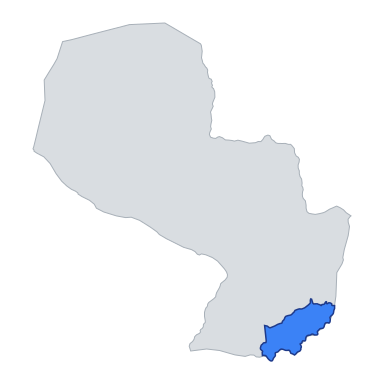 where Itapúa sits in Paraguay
{"feature_id": "PRY-620", "entity_name": "Itapúa", "entity_type": "Department", "adm_level": 1, "iso_a3": "PRY", "parent_name": "Paraguay", "parent_adm1": "", "projection": "orthographic", "projection_center": [-55.537, -26.832], "detail": "fine", "context": "in_parent", "style": "filled", "palette": "blue", "viewbox_px": 384, "rotation_deg": 0, "n_neighbors": 0, "source": "natural_earth", "source_scale": "10m", "svg_char_len": 6265}
<svg xmlns="http://www.w3.org/2000/svg" viewBox="0 0 384 384"><path d="M201.5,57.9L202.4,60.9L202.9,63.2L204.2,64.7L205.5,66.9L206.8,68.1L207.7,70.1L207.5,72.4L208.1,75.3L208.8,77.9L209.4,78.5L211.2,79.2L212.2,81.5L211.5,82.7L211.8,84.0L212.5,85.3L211.9,86.6L212.2,87.6L213.5,88.5L214.7,91.7L214.9,97.2L213.7,100.2L212.7,102.6L212.4,104.1L213.2,106.3L212.0,108.9L210.5,112.0L211.0,114.2L211.2,116.2L211.4,118.3L211.8,120.4L211.3,122.5L210.9,124.4L210.6,126.6L211.3,129.0L210.2,131.4L209.6,133.0L209.4,134.6L210.6,137.2L213.5,138.2L215.7,138.4L217.9,137.0L219.5,136.6L222.5,137.8L225.3,139.9L228.8,140.1L232.0,140.5L234.4,141.1L237.9,140.2L241.5,141.0L245.8,142.2L249.3,143.2L252.8,142.9L255.5,142.7L258.2,141.5L260.9,141.6L262.9,139.4L264.0,137.5L265.0,136.2L267.9,135.1L269.9,135.7L271.5,139.2L274.4,141.2L275.6,142.7L277.7,143.4L282.4,143.5L285.2,143.4L288.5,144.4L290.7,144.4L292.5,146.3L294.3,148.6L294.6,152.8L296.2,156.0L298.3,157.3L299.4,159.3L299.1,162.1L298.1,165.0L298.2,168.1L299.3,170.9L299.3,173.8L300.1,176.6L301.6,179.1L302.1,183.0L301.8,185.8L302.8,187.5L303.2,189.8L302.6,191.7L302.3,194.2L302.5,196.5L303.2,198.4L305.4,200.9L306.1,205.2L306.1,208.2L307.0,211.7L308.9,213.3L311.9,213.9L315.3,214.4L319.6,213.6L323.3,212.7L325.4,211.8L329.5,209.2L333.1,207.7L335.0,206.8L336.7,206.1L340.3,207.8L343.6,209.9L346.2,212.7L351.0,215.9L350.1,216.6L348.1,219.2L348.2,222.2L349.5,226.5L348.2,235.6L344.3,249.5L342.8,257.6L343.4,259.9L342.0,263.9L336.8,272.6L336.6,278.5L335.9,296.1L334.1,308.5L331.2,317.7L328.6,322.6L326.3,323.2L324.6,324.6L323.6,326.9L321.7,328.9L318.9,330.4L317.4,332.1L317.2,334.0L314.5,335.2L309.5,335.7L306.5,337.2L305.7,339.6L304.0,341.5L301.5,342.9L300.3,345.3L300.4,348.6L299.0,351.4L296.0,353.8L293.3,353.9L290.8,351.6L287.4,350.2L283.2,349.4L279.6,350.0L276.8,351.9L274.3,354.9L272.2,358.9L269.8,359.6L267.1,356.9L263.7,356.1L259.6,357.2L256.3,356.9L253.9,355.1L250.2,354.9L245.2,356.4L235.0,354.9L219.6,350.5L206.6,349.0L190.7,351.0L189.2,346.2L190.0,343.6L192.6,341.5L194.1,339.2L194.7,336.7L196.5,334.8L199.4,333.4L200.6,332.0L200.1,330.7L200.7,329.5L202.3,328.4L203.3,326.8L203.4,324.6L204.1,323.5L205.2,322.6L205.3,321.1L204.5,316.3L204.5,312.4L205.3,309.4L206.2,307.5L206.9,307.0L207.5,305.9L207.7,304.1L208.8,302.4L213.8,298.7L215.7,296.8L215.9,295.1L216.6,292.7L219.5,287.6L220.4,285.2L220.5,284.0L221.6,282.8L225.2,279.9L227.2,277.2L227.5,274.7L226.5,271.9L224.4,268.8L217.6,261.1L212.5,257.6L205.8,254.8L201.5,253.9L199.4,255.0L197.3,254.2L195.1,251.6L191.5,249.6L183.8,247.4L166.4,238.7L159.3,234.5L156.9,231.8L150.3,227.1L139.5,220.3L131.2,217.2L125.6,217.6L116.4,215.9L103.8,212.0L96.4,208.2L94.3,204.2L89.5,200.3L82.0,196.6L78.1,194.1L77.8,192.8L75.5,191.2L71.4,189.3L66.8,186.0L61.7,181.2L56.1,173.7L50.1,163.5L43.8,156.8L37.3,153.4L34.0,151.2L34.0,150.0L33.0,148.9L33.7,146.9L35.7,138.8L38.5,127.0L41.5,114.8L45.0,100.5L44.6,90.5L44.2,80.0L49.7,71.0L53.7,64.6L57.1,58.6L60.4,48.4L62.6,41.6L71.9,39.6L87.8,35.4L95.8,33.3L112.5,29.0L129.5,24.6L147.5,23.8L164.9,23.0L178.6,31.0L189.0,37.1L200.5,43.8L201.3,45.3L202.2,51.2L201.5,57.9Z" fill="#d9dde1" stroke="#a8b0b8" stroke-width="1"/><path d="M334.6,305.6L334.6,305.8L334.6,306.7L334.6,308.5L334.1,309.8L334.0,310.0L333.9,310.2L333.5,312.7L333.3,313.4L333.0,314.0L331.9,315.2L330.8,316.1L330.3,316.8L329.9,317.5L330.0,318.1L330.2,318.7L330.3,319.4L330.2,320.4L330.1,321.4L329.8,322.3L329.3,322.9L328.9,323.1L328.7,323.0L328.5,322.8L328.2,322.7L326.6,322.7L325.7,322.9L325.1,323.5L324.7,324.3L324.2,326.2L324.0,326.9L323.6,327.5L323.1,328.1L322.5,328.4L320.7,328.5L319.9,328.8L317.6,331.2L317.3,331.9L317.8,333.5L317.7,334.4L317.1,334.9L316.2,335.0L314.8,335.0L314.2,334.8L313.5,334.4L312.8,334.1L311.9,334.1L310.1,335.1L308.4,335.3L307.6,335.5L307.0,335.9L306.4,336.6L305.9,337.4L305.7,338.2L305.6,340.1L305.2,340.8L304.4,340.9L303.3,340.8L302.6,340.9L302.2,341.5L302.0,342.3L301.8,343.1L301.2,343.4L300.3,343.6L300.2,344.3L301.1,345.9L301.3,346.4L301.3,346.9L301.3,347.3L300.8,348.1L300.8,348.4L300.9,348.7L300.9,349.3L300.5,350.2L299.9,351.0L299.2,351.4L298.3,351.6L297.2,352.3L295.9,353.9L294.6,355.0L292.4,353.8L291.4,353.5L290.9,353.3L290.6,352.8L290.1,351.3L289.5,350.5L288.8,350.2L287.9,350.3L287.1,350.4L286.9,350.4L286.2,350.4L285.4,350.3L282.9,349.3L282.0,349.2L281.1,349.1L280.2,349.6L279.5,350.2L278.1,351.7L277.3,352.1L276.3,352.4L275.4,352.8L275.2,353.7L275.4,354.9L275.3,355.8L274.8,356.6L274.1,357.4L273.4,358.4L272.9,359.7L272.3,360.7L271.1,361.0L270.0,360.5L268.9,359.6L267.9,358.5L267.2,357.4L265.7,355.6L263.3,355.3L262.4,355.5L262.2,352.6L262.2,352.4L262.4,352.1L262.5,351.9L262.6,351.7L262.6,351.4L262.5,351.1L262.3,350.9L261.0,349.7L260.7,349.4L260.5,349.0L260.4,348.4L260.5,347.5L261.0,345.8L261.3,345.1L261.7,344.7L262.1,344.5L262.4,344.2L263.3,343.1L263.6,342.9L263.9,342.8L265.8,342.6L266.1,341.9L266.2,340.5L264.6,325.5L267.3,326.1L267.6,326.3L268.7,327.2L269.3,327.6L269.8,327.7L270.5,327.7L274.7,326.0L277.8,324.3L280.1,323.5L281.2,323.3L281.8,323.1L282.0,322.8L282.4,321.5L282.6,321.1L282.9,320.8L283.4,320.3L283.9,319.8L284.2,319.3L284.6,318.3L284.7,317.9L285.5,316.6L286.1,316.2L287.9,315.6L290.5,315.1L291.1,314.8L291.7,314.4L293.4,312.6L294.1,312.0L294.3,311.7L294.7,310.9L295.0,310.4L297.2,309.5L298.8,309.0L299.5,308.9L300.2,308.9L300.7,309.0L301.2,309.0L302.0,308.9L304.5,307.9L305.1,307.5L308.2,305.1L309.8,303.6L310.1,303.2L310.3,302.9L310.4,302.5L310.3,300.6L310.4,300.2L310.5,299.9L310.5,299.7L310.5,299.4L310.6,299.1L310.8,298.9L310.9,299.0L311.1,299.1L311.6,299.2L312.8,303.1L313.6,303.9L316.3,303.8L317.0,303.8L317.3,303.8L317.7,304.0L318.6,304.4L319.8,304.7L320.2,304.9L320.7,305.3L321.0,305.5L321.3,305.5L321.4,305.4L321.5,305.3L321.6,305.2L321.7,304.9L321.8,304.7L322.1,304.5L323.3,304.4L323.8,304.3L324.0,304.2L324.3,304.0L324.5,303.8L324.7,303.6L325.2,302.5L325.5,302.2L325.7,301.9L325.9,301.8L326.1,301.7L326.3,301.7L326.5,301.9L326.5,302.0L326.5,302.3L326.3,302.8L326.3,303.1L326.4,303.3L326.7,303.6L327.0,303.7L327.3,303.7L327.5,303.6L328.2,303.1L328.5,302.9L328.8,302.8L329.4,302.8L330.1,302.9L330.6,303.1L331.3,303.5L331.5,303.6L331.6,303.8L331.8,304.1L331.8,304.3L331.7,304.6L331.7,304.8L331.8,305.1L332.0,305.4L332.4,305.5L334.5,305.6L334.6,305.6Z" fill="#3b82f6" stroke="#1e3a8a" stroke-width="1.5"/></svg>